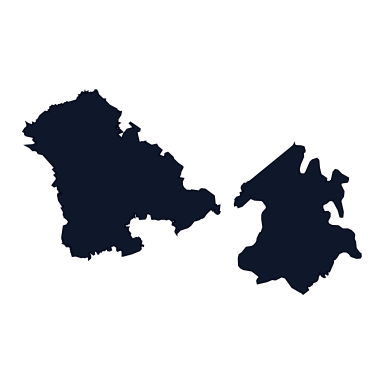 the district of Chalma, Veracruz, Mexico
{"feature_id": "50627088B44662139516293", "entity_name": "Chalma", "entity_type": "district", "adm_level": 2, "iso_a3": "MEX", "parent_name": "Mexico", "parent_adm1": "Veracruz", "projection": "albers", "projection_center": [-98.357, 21.198], "detail": "fine", "context": "isolated", "style": "filled", "palette": "ink", "viewbox_px": 384, "rotation_deg": 0, "n_neighbors": 0, "source": "geoboundaries", "source_scale": "gbopen_adm2", "svg_char_len": 5954}
<svg xmlns="http://www.w3.org/2000/svg" viewBox="0 0 384 384"><path d="M143.3,246.2L143.4,245.4L142.4,245.0L141.0,245.0L140.8,245.7L140.2,245.1L141.3,243.2L141.6,241.1L140.8,240.8L140.1,238.7L138.6,237.4L137.5,238.3L136.5,237.6L132.5,239.3L130.7,236.3L129.7,235.6L130.5,233.5L128.3,231.0L128.1,229.3L127.6,229.4L128.7,227.1L125.1,227.3L125.4,226.6L124.6,224.8L127.4,224.4L127.4,223.6L129.0,223.7L129.9,219.8L131.0,219.1L131.1,218.1L132.4,218.2L132.3,216.9L134.8,217.5L133.9,213.5L136.4,214.1L136.6,216.6L139.0,216.6L139.6,219.2L145.1,218.8L146.1,217.1L146.5,214.0L148.5,213.4L151.1,214.9L151.9,219.1L155.4,219.0L158.5,219.9L161.2,219.0L165.2,219.1L166.6,219.7L167.4,219.1L169.7,219.0L171.6,220.9L174.4,219.7L175.0,221.8L174.8,222.3L172.9,222.1L172.3,224.8L174.7,225.8L176.5,227.6L175.1,231.8L176.7,234.3L176.7,233.6L180.3,229.9L187.8,227.4L190.5,225.4L194.0,221.0L199.1,219.5L201.5,217.7L202.0,218.1L203.7,217.3L206.2,213.7L211.0,209.0L212.8,210.8L213.3,209.9L214.6,210.1L214.4,211.9L216.9,213.9L217.8,214.2L219.2,213.3L219.9,211.8L219.0,211.7L219.7,205.3L216.7,206.1L216.3,204.7L215.0,204.3L214.1,195.9L205.1,189.3L201.3,188.9L198.7,191.2L197.4,191.6L197.4,190.9L191.8,190.1L191.8,190.7L186.4,190.4L183.7,187.9L182.1,185.0L182.3,183.0L181.8,182.2L183.5,178.5L178.8,177.7L180.5,173.8L180.5,172.1L182.8,167.5L182.7,166.7L177.9,163.4L173.5,159.1L173.0,157.2L167.9,152.5L165.2,153.5L164.6,157.3L158.8,154.9L161.9,150.1L157.8,146.7L156.6,144.4L151.6,145.5L145.7,142.2L145.7,141.4L144.4,141.6L144.2,142.2L141.7,141.8L140.1,142.5L139.0,142.0L136.8,132.4L137.4,131.6L139.6,130.9L140.0,128.9L130.5,122.4L129.5,123.3L133.7,127.6L127.2,129.4L123.7,133.8L121.4,139.6L121.7,138.3L117.7,134.5L119.5,132.6L119.6,133.1L122.5,132.0L118.7,128.3L118.3,129.1L116.4,128.9L115.8,127.3L118.5,127.1L117.7,126.4L118.0,125.8L116.8,125.3L119.9,123.0L117.7,122.2L117.8,119.1L120.6,114.9L121.2,111.7L120.0,112.0L118.4,110.9L117.9,111.7L116.6,109.0L109.8,105.5L105.1,100.8L105.4,99.2L103.0,99.1L98.4,94.6L97.4,91.4L96.4,90.0L95.2,90.0L94.7,91.4L92.0,92.8L90.9,92.3L89.8,92.9L87.7,92.8L87.8,91.4L86.2,92.2L86.5,93.2L85.6,93.1L85.0,91.4L84.5,92.9L82.0,92.0L81.4,92.9L82.6,93.8L80.8,94.2L80.8,94.9L78.9,94.9L79.6,96.4L78.9,96.6L79.0,97.7L77.6,97.4L76.7,100.1L68.6,102.5L66.7,101.9L66.1,102.8L64.9,102.8L62.3,105.4L61.7,103.8L59.6,104.8L58.4,104.7L57.8,106.0L57.0,106.2L55.5,104.8L53.6,106.4L53.4,105.8L52.1,105.4L51.1,106.6L50.1,106.8L49.8,109.6L48.5,109.9L48.8,111.7L47.4,111.5L46.4,112.0L45.2,111.4L40.1,115.6L37.5,120.0L36.6,120.1L36.6,121.8L35.8,122.7L34.5,123.3L32.8,122.5L32.9,123.9L32.1,125.0L28.1,123.7L26.4,122.5L27.2,124.9L26.8,127.0L24.8,128.6L23.0,131.5L24.9,132.7L24.8,134.6L26.7,135.8L34.0,137.4L32.9,139.9L34.8,141.9L36.0,142.1L35.3,143.8L32.9,144.9L25.8,145.4L29.7,147.5L32.8,150.5L34.7,150.3L37.0,151.1L38.3,153.5L42.8,154.4L54.8,167.9L52.8,169.4L56.3,173.4L54.2,175.1L56.3,177.3L56.6,179.3L52.2,185.2L54.2,186.8L55.7,186.0L57.5,186.0L57.7,189.5L59.6,191.1L58.6,192.4L59.0,192.1L61.7,193.1L60.8,194.1L58.2,193.7L57.7,195.2L58.8,200.5L63.2,207.5L61.4,208.1L63.7,211.9L63.4,214.9L64.3,216.0L64.1,217.0L67.1,219.3L68.9,221.8L66.8,225.0L63.6,226.1L61.9,237.6L62.4,238.3L62.0,239.0L62.9,239.6L62.5,241.0L63.4,242.3L62.6,243.4L65.0,244.2L65.6,245.6L66.9,246.6L67.5,245.3L68.0,246.0L69.5,245.5L69.2,246.8L70.1,247.0L70.5,248.3L71.0,247.8L71.5,248.2L70.5,249.5L71.3,251.4L70.9,251.9L72.5,252.8L71.5,253.1L72.4,256.2L75.9,255.8L81.4,257.5L82.9,257.0L84.5,257.5L87.6,256.6L88.6,257.2L88.8,259.6L90.3,258.3L90.6,257.0L90.2,255.0L88.9,254.2L89.8,252.3L93.6,254.8L94.4,254.1L94.1,251.5L95.7,250.9L96.7,251.5L98.1,254.0L98.7,253.8L99.3,251.7L101.1,252.0L102.2,250.4L104.5,250.5L107.3,248.0L107.8,250.5L109.7,250.8L111.4,249.9L110.6,247.6L110.9,246.4L114.1,245.4L117.0,247.4L116.9,250.2L117.6,251.1L120.5,249.8L122.4,251.2L122.3,256.0L123.6,255.8L131.9,253.6L139.5,250.5L141.0,249.0L140.7,247.0L141.6,245.5L143.3,246.2ZM333.2,262.9L333.4,259.8L334.9,259.3L336.6,257.5L338.9,253.6L343.1,251.6L346.5,251.8L349.3,253.6L351.2,256.3L356.4,258.1L360.0,257.9L361.0,256.7L360.9,253.9L359.2,252.6L356.0,248.4L355.3,241.7L354.0,238.8L354.5,234.6L353.6,233.1L351.2,230.7L347.8,229.1L342.6,229.2L338.4,226.0L332.1,225.7L328.8,224.1L327.6,222.0L327.7,220.9L329.9,216.6L329.9,213.2L328.1,211.6L325.3,211.9L324.1,211.4L322.6,208.0L322.6,205.3L323.4,204.4L326.3,203.2L329.6,200.4L332.2,200.4L333.9,201.8L338.4,210.1L340.1,216.6L341.0,217.1L342.6,216.9L343.1,212.0L340.7,201.4L341.1,199.6L343.3,196.5L343.8,191.4L340.7,185.3L340.8,183.9L341.5,182.8L347.3,182.0L348.2,180.2L348.3,178.0L341.6,174.3L337.7,170.3L335.3,169.7L333.3,172.0L331.6,180.0L329.6,181.7L327.2,181.5L326.1,180.6L326.5,178.5L320.8,174.5L319.2,167.6L318.7,161.1L318.4,159.9L316.9,158.6L312.5,160.0L310.3,162.1L306.0,172.1L304.5,174.2L300.8,174.0L300.1,173.4L299.1,170.6L299.3,168.0L300.1,164.5L303.4,156.8L303.1,152.5L304.6,152.0L305.0,150.9L303.9,146.9L300.8,146.0L296.6,145.9L294.5,145.0L294.4,143.7L293.2,145.8L288.9,149.4L249.6,181.5L247.4,182.2L246.6,183.4L244.2,183.4L242.0,185.8L241.3,188.0L242.1,190.2L243.5,191.4L240.3,192.8L240.8,194.5L240.3,196.2L236.8,197.3L235.0,199.7L235.5,200.2L234.6,204.0L234.7,205.7L235.7,205.2L237.7,205.8L238.2,207.4L242.0,206.1L250.6,198.1L254.6,199.9L261.7,200.3L263.1,201.4L266.5,206.1L266.6,208.3L262.7,212.7L262.0,215.0L262.0,219.5L263.1,227.3L261.4,232.3L259.8,233.1L257.3,238.5L257.2,240.5L256.1,242.9L254.0,245.3L251.7,246.7L246.4,247.4L242.2,252.7L239.3,254.7L238.5,258.2L238.8,265.5L240.5,267.7L243.4,269.3L251.9,270.8L258.9,276.2L259.3,277.6L257.6,279.2L256.9,280.9L257.5,283.6L266.7,281.5L272.0,279.3L275.6,279.7L281.6,276.6L285.3,277.8L292.1,287.3L300.4,292.1L300.9,291.9L303.1,294.0L308.4,289.9L307.6,288.6L307.4,286.3L309.7,286.3L312.3,284.4L312.3,283.0L316.5,281.2L317.8,279.3L318.1,276.8L319.9,273.3L322.0,276.3L324.2,277.4L325.0,277.2L323.6,274.1L325.9,273.7L327.7,274.8L328.0,274.2L327.2,271.9L329.4,271.6L333.2,262.9Z" fill="#0f172a" stroke="#020617" stroke-width="1.5"/></svg>